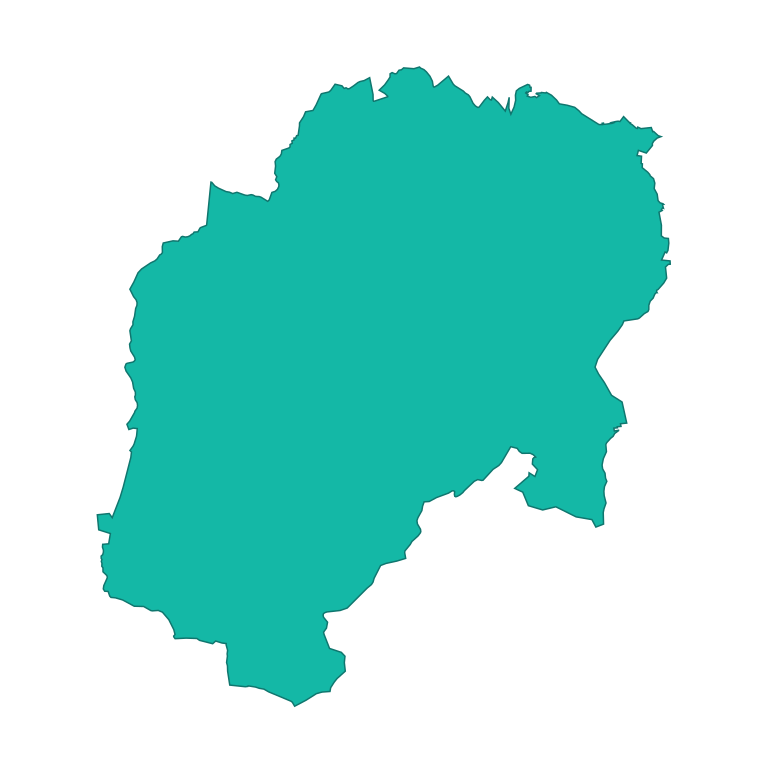 Palmito, Sucre, Colombia, rotated 265°
{"feature_id": "7082276B68418970079428", "entity_name": "Palmito", "entity_type": "district", "adm_level": 2, "iso_a3": "COL", "parent_name": "Colombia", "parent_adm1": "Sucre", "projection": "albers", "projection_center": [-75.556, 9.333], "detail": "fine", "context": "isolated", "style": "filled", "palette": "teal", "viewbox_px": 768, "rotation_deg": 265, "n_neighbors": 0, "source": "geoboundaries", "source_scale": "gbopen_adm2", "svg_char_len": 6125}
<svg xmlns="http://www.w3.org/2000/svg" viewBox="0 0 768 768"><g transform="rotate(265 384 384)"><path d="M323.9,622.4L345.3,619.6L352.9,609.7L366.4,603.6L375.1,598.7L382.4,595.7L390.0,599.0L407.8,613.0L416.2,621.5L422.3,626.6L425.9,628.5L426.8,642.5L427.5,644.2L431.4,649.4L433.3,653.3L435.1,654.3L439.4,654.7L443.3,656.4L446.1,659.6L449.9,661.6L451.3,663.2L451.2,664.0L452.0,663.6L453.6,663.8L454.3,665.3L460.1,671.4L464.8,674.8L476.0,674.6L478.4,677.6L478.4,679.6L481.7,679.7L483.3,671.3L491.0,675.5L490.0,677.0L492.3,678.5L499.5,680.0L504.2,680.0L505.0,675.9L507.4,673.2L518.0,674.2L531.2,672.9L532.6,676.3L533.4,675.6L535.3,676.9L534.8,677.7L538.6,677.0L538.6,678.2L539.3,677.6L540.4,674.8L542.8,673.0L549.3,672.7L555.1,670.2L560.5,671.3L565.1,670.4L568.1,667.4L569.5,667.0L572.0,665.2L577.0,660.1L580.8,660.6L581.3,659.4L588.5,660.4L589.5,656.0L594.6,657.8L591.2,665.4L598.2,672.2L600.2,672.3L602.4,673.9L605.2,677.6L606.3,681.5L607.5,678.8L612.1,674.6L611.9,673.7L616.2,672.6L616.0,662.3L617.8,659.2L616.5,658.7L616.9,657.5L620.7,653.8L622.1,651.9L622.6,652.3L623.4,651.0L629.5,646.0L624.9,641.9L625.4,640.2L625.3,638.0L624.7,633.7L624.1,635.1L623.8,634.0L623.5,628.0L623.5,625.6L624.8,625.4L624.7,624.0L623.4,624.1L623.7,620.8L636.0,604.5L639.2,602.0L643.0,598.1L645.7,590.9L647.8,583.1L651.9,580.6L657.1,576.0L660.4,571.1L659.8,570.5L660.7,566.2L660.3,566.0L660.4,561.3L659.9,560.9L657.7,564.0L656.0,560.9L657.3,559.4L656.8,555.2L658.3,551.8L659.6,552.7L661.6,550.5L662.5,551.4L661.7,552.8L662.8,553.6L662.9,556.0L666.7,556.4L666.8,555.4L669.0,555.1L669.9,553.2L666.7,544.6L664.5,541.4L660.3,540.1L655.2,539.9L648.5,537.7L641.7,533.9L647.8,532.4L658.7,533.7L653.5,532.1L645.3,528.6L654.4,522.4L660.4,516.9L657.6,515.8L657.9,514.6L661.0,512.1L657.9,508.7L652.5,503.8L651.4,502.6L651.3,501.6L653.0,499.3L655.9,497.2L662.7,494.6L664.7,493.2L666.8,490.3L668.8,488.7L674.9,480.6L676.7,479.1L685.1,475.1L676.9,463.4L675.4,459.9L675.7,459.3L676.9,458.9L681.4,458.6L686.6,456.6L691.2,453.5L693.7,451.2L695.5,448.0L696.7,447.0L695.5,441.3L697.2,431.1L695.5,428.7L695.3,426.3L692.2,423.6L692.0,422.0L693.5,419.2L692.5,417.1L689.3,416.8L686.8,414.9L681.9,410.7L677.1,404.8L673.4,410.1L670.4,412.8L669.8,412.7L666.6,399.2L666.6,398.2L667.5,397.9L673.4,398.3L690.4,396.4L688.0,390.7L687.4,386.5L686.6,384.3L683.6,379.6L681.3,375.3L681.1,373.8L682.4,372.0L681.9,370.1L684.7,368.1L686.9,361.4L681.1,356.5L679.7,354.5L678.7,347.3L678.3,346.6L667.9,340.7L662.7,337.1L662.0,329.6L657.4,327.2L651.5,322.6L648.5,322.3L639.2,320.1L639.0,318.6L636.6,317.3L636.8,315.8L635.0,315.6L634.2,313.4L631.8,313.6L630.8,311.3L628.4,311.1L627.4,309.8L625.6,302.6L622.1,301.8L619.9,300.2L617.4,296.3L615.0,294.9L610.6,295.0L603.4,293.5L599.9,295.3L596.9,293.8L595.0,294.8L593.7,296.3L591.5,296.7L589.7,296.3L587.2,294.8L585.4,292.4L584.6,289.0L577.4,285.7L576.1,284.1L580.8,277.8L581.6,276.0L582.1,272.4L583.7,269.9L584.2,268.2L583.7,264.3L584.3,261.9L587.8,254.2L586.9,249.9L588.6,246.7L589.4,243.5L593.5,236.2L596.1,232.7L599.9,230.0L600.2,229.2L557.9,221.2L557.4,220.6L555.9,215.2L555.4,214.3L551.8,211.9L551.9,208.1L550.3,206.8L549.8,205.3L548.5,203.5L547.8,201.3L547.7,198.8L548.6,196.3L548.3,195.0L544.2,191.6L545.0,186.3L543.7,176.4L540.2,175.1L534.2,174.7L532.7,173.3L532.1,171.8L528.4,168.9L526.6,166.4L525.0,162.1L519.7,152.5L516.3,148.7L507.4,143.7L500.6,139.1L492.8,142.2L489.5,144.4L486.6,145.1L483.8,144.7L480.9,143.2L473.2,141.4L467.9,139.3L464.9,139.1L461.1,136.3L459.2,135.5L449.0,136.1L445.9,134.0L442.1,134.1L438.9,134.6L432.6,137.8L429.8,138.3L428.3,136.9L427.7,135.6L427.0,129.8L426.4,128.7L423.3,127.3L419.3,128.2L412.1,132.3L407.9,133.7L401.5,134.2L397.7,135.6L394.6,135.4L393.0,134.6L390.0,134.9L386.9,136.5L384.0,136.6L381.4,135.9L378.8,133.6L377.1,132.9L369.2,127.4L366.3,124.4L360.9,125.9L361.9,130.3L361.1,134.3L356.5,133.5L353.5,132.9L345.9,129.8L343.8,128.5L339.9,125.1L338.3,126.5L332.9,125.4L304.0,115.2L294.0,111.2L274.5,101.6L278.9,99.0L278.7,87.0L263.6,87.1L258.9,98.4L248.8,95.8L248.8,89.8L246.1,89.3L243.0,90.0L240.9,89.8L238.5,88.9L237.2,87.2L234.8,87.1L233.9,87.7L231.8,86.9L230.0,87.4L227.0,87.0L225.4,88.0L221.4,87.7L217.4,91.2L216.0,91.5L215.0,91.4L207.6,87.3L204.3,86.5L201.9,87.7L201.4,91.1L196.6,92.3L195.2,93.4L194.4,97.8L191.7,104.7L184.4,115.8L183.3,125.2L178.6,132.0L178.2,133.5L178.1,139.4L176.0,143.4L168.0,149.1L157.6,153.2L152.7,154.0L151.2,152.5L150.5,152.5L148.5,153.7L148.1,164.8L146.8,175.4L144.7,177.9L140.2,190.7L142.6,193.9L140.1,200.0L139.2,204.2L137.9,204.0L132.3,205.0L128.8,204.2L126.6,204.3L120.3,202.9L116.9,203.5L111.5,203.2L97.5,204.1L94.5,219.5L94.6,222.1L95.1,222.4L93.3,229.6L91.7,233.3L90.5,237.8L87.4,242.2L76.1,263.7L75.0,264.9L70.8,266.9L75.8,278.8L81.4,289.6L82.5,295.4L82.4,303.4L86.1,304.4L91.2,308.3L94.7,311.6L101.3,320.4L109.9,320.2L116.2,321.4L120.4,318.1L125.3,306.7L140.0,302.4L142.1,302.2L145.8,305.4L151.6,307.0L157.0,303.4L159.1,303.2L160.5,303.7L161.3,305.0L161.9,307.2L162.2,320.5L164.0,327.8L182.2,349.5L185.3,354.0L187.6,355.8L191.3,357.2L203.5,364.8L205.1,370.4L206.5,381.4L208.4,390.4L214.2,389.9L215.9,390.3L221.8,396.1L224.7,398.1L229.8,404.8L232.6,407.3L233.8,407.8L236.1,407.7L241.7,405.1L245.0,404.9L247.8,406.1L254.6,410.7L258.9,411.8L263.1,413.7L263.0,418.8L266.3,426.4L269.7,438.8L271.6,442.6L271.5,444.1L270.7,445.0L268.0,444.5L266.0,444.7L265.4,445.7L265.7,447.2L266.9,450.0L269.0,453.1L270.8,454.8L279.2,465.4L280.6,469.0L279.4,473.0L279.5,474.3L289.5,485.2L292.8,491.3L295.4,494.1L310.5,504.8L308.3,511.1L305.1,512.9L302.9,515.5L302.3,523.6L300.5,526.6L298.0,528.7L297.5,526.8L296.4,525.7L291.3,524.8L285.3,529.5L278.7,526.3L282.9,520.8L279.5,520.3L268.6,505.1L264.2,512.8L250.2,517.2L244.7,531.1L246.7,544.5L234.9,563.8L230.8,579.3L223.0,582.6L225.3,590.5L236.8,591.2L240.3,592.2L246.1,594.8L253.7,593.6L258.0,593.7L262.6,594.7L267.6,597.5L270.8,596.5L275.9,596.4L280.4,594.4L284.3,594.2L290.5,596.0L297.2,599.7L304.3,599.7L306.1,600.7L310.1,605.0L311.9,607.7L314.6,609.5L317.1,613.6L317.5,613.6L317.1,609.4L320.0,609.1L320.0,612.7L321.1,612.6L321.1,616.4L323.8,616.1L323.9,622.4Z" fill="#14b8a6" stroke="#0f766e" stroke-width="1.5"/></g></svg>